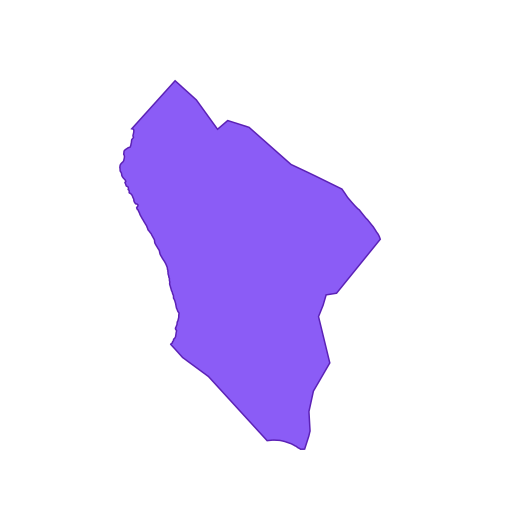 Xo'xmorit, Govi-Altay, Mongolia, rotated 241°
{"feature_id": "93677404B45004975907355", "entity_name": "Xo'xmorit", "entity_type": "district", "adm_level": 2, "iso_a3": "MNG", "parent_name": "Mongolia", "parent_adm1": "Govi-Altay", "projection": "natural_earth1", "projection_center": [94.596, 47.393], "detail": "fine", "context": "isolated", "style": "filled", "palette": "violet", "viewbox_px": 512, "rotation_deg": 241, "n_neighbors": 0, "source": "geoboundaries", "source_scale": "gbopen_adm2", "svg_char_len": 5874}
<svg xmlns="http://www.w3.org/2000/svg" viewBox="0 0 512 512"><g transform="rotate(241 256 256)"><path d="M427.5,209.0L427.3,209.2L427.0,209.7L426.7,209.9L426.3,210.1L425.9,210.2L425.6,210.2L425.3,210.1L425.1,210.0L424.7,209.9L424.2,209.5L423.6,209.1L423.2,208.8L422.9,208.5L422.3,208.0L421.9,207.7L421.6,207.3L421.0,206.8L420.7,206.6L420.4,206.5L420.2,206.5L419.9,206.5L419.5,206.5L419.3,206.4L419.1,206.3L419.0,206.2L418.9,205.9L418.6,205.1L418.2,204.2L418.0,203.7L417.4,203.2L417.1,203.0L416.1,202.3L415.6,202.0L414.9,201.3L414.5,201.0L413.8,200.4L412.8,199.4L412.4,199.0L412.3,198.7L412.3,198.4L412.5,197.7L412.6,196.9L412.7,196.6L412.6,196.3L412.4,193.4L412.2,192.6L412.1,192.2L411.9,191.8L411.8,191.6L411.5,191.3L411.1,191.0L410.6,190.7L409.4,189.8L409.1,189.6L408.8,189.6L408.6,189.6L408.2,189.6L407.8,189.5L407.4,189.4L407.0,189.3L406.7,189.1L406.2,188.8L405.4,188.2L405.0,187.8L404.2,187.1L403.5,186.5L402.9,185.4L402.5,183.7L402.1,182.6L401.8,181.9L401.4,181.4L400.9,180.9L400.2,180.4L399.6,179.9L398.7,179.6L398.1,179.3L397.6,179.1L397.0,178.8L396.4,178.5L395.9,178.4L395.6,178.4L395.0,178.5L394.5,178.5L394.0,178.5L393.1,178.3L392.5,178.1L392.0,177.8L391.5,177.7L391.1,177.6L389.8,177.6L389.0,177.7L388.3,177.8L386.8,178.2L386.1,178.4L385.5,178.4L385.1,178.4L384.7,178.4L384.4,178.3L384.0,177.9L384.0,177.6L384.0,177.2L383.8,177.0L383.1,176.9L381.7,176.8L380.4,176.5L380.2,176.5L379.9,176.6L379.6,176.8L379.3,177.1L378.7,177.4L378.4,177.5L378.0,177.5L377.6,177.4L376.8,177.1L376.5,176.8L376.3,176.5L376.1,176.4L375.7,176.5L375.3,176.7L375.0,176.8L374.6,176.7L374.3,176.6L373.9,176.4L373.6,176.2L373.3,176.0L372.9,175.8L372.5,175.8L372.2,176.0L371.7,176.5L371.4,176.6L371.1,176.7L370.4,176.8L369.8,177.0L369.3,177.0L368.5,177.0L367.3,176.8L366.7,176.7L365.5,176.7L364.9,176.6L364.4,176.4L363.8,176.1L363.1,175.9L362.6,175.8L361.9,175.8L360.6,175.9L360.3,176.0L359.9,176.1L359.6,176.3L359.6,176.7L359.3,177.0L359.0,177.2L358.6,177.3L358.2,177.5L357.9,177.5L357.6,177.4L357.4,177.2L357.0,176.9L356.7,176.4L356.5,176.0L356.4,175.3L356.2,175.3L355.9,175.2L355.6,174.9L355.4,174.9L354.5,174.8L354.3,174.8L354.1,174.8L354.0,175.0L353.8,175.1L353.6,175.1L353.3,175.2L353.0,175.2L352.3,175.0L352.0,175.0L351.2,175.0L351.0,174.9L350.6,175.0L350.4,175.0L350.2,174.9L349.4,174.8L348.9,174.7L348.2,174.6L346.5,174.6L344.9,174.6L343.7,174.6L342.7,174.7L342.0,174.7L341.4,174.7L340.6,174.7L340.1,174.7L338.7,174.8L337.1,174.8L336.0,174.9L335.3,174.9L334.9,174.9L334.7,174.8L334.4,174.7L333.7,174.7L333.0,174.6L331.9,174.4L331.5,174.3L331.1,174.3L330.7,174.3L330.3,174.4L329.6,174.6L328.8,174.7L328.1,174.8L327.8,174.8L327.2,174.9L326.9,175.0L326.6,175.1L326.3,175.1L324.9,175.0L324.1,175.0L323.3,175.0L322.1,175.0L321.6,175.0L320.8,175.0L319.5,175.0L318.9,174.8L318.5,174.7L317.8,174.3L317.5,174.2L317.2,174.1L316.9,174.0L316.1,173.8L314.3,173.8L313.8,173.8L313.3,173.8L312.2,173.9L311.0,173.9L309.5,174.0L308.5,174.0L308.2,174.1L307.9,174.1L307.7,174.1L307.3,174.0L307.0,173.9L306.6,173.7L306.1,173.6L305.6,173.4L305.2,173.3L304.1,173.0L303.5,173.0L303.4,173.0L302.5,172.9L301.6,173.0L300.6,173.0L299.7,173.0L299.2,173.0L297.9,173.1L295.5,173.3L294.8,173.3L294.2,173.3L293.5,173.3L292.0,173.2L290.2,173.0L289.5,172.9L288.9,172.8L288.4,172.6L287.9,172.4L287.5,172.2L287.2,172.1L286.8,172.1L286.3,172.0L285.8,171.8L285.6,171.6L285.3,171.5L284.9,171.3L284.6,171.2L284.0,171.0L283.8,170.9L283.6,170.8L283.5,170.7L283.2,170.5L282.9,170.4L282.5,170.3L282.1,170.2L281.5,170.1L281.0,170.0L280.2,169.7L279.6,169.5L279.3,169.4L278.9,169.4L278.6,169.4L278.4,169.4L278.0,169.2L277.5,168.9L277.1,168.6L276.8,168.5L276.5,168.4L276.2,168.3L275.7,168.2L274.9,167.9L274.6,167.7L274.1,167.3L273.7,167.1L273.4,166.9L273.0,166.8L272.3,166.6L271.7,166.5L270.7,166.3L270.5,166.2L268.2,165.7L267.5,165.5L267.1,165.4L266.7,165.3L266.3,165.3L265.6,165.3L265.2,165.3L264.3,165.0L264.0,164.9L263.3,164.8L262.8,164.7L262.0,164.7L261.7,164.6L261.4,164.6L261.2,164.5L260.6,164.2L260.0,163.9L259.5,163.6L259.3,163.5L259.0,163.4L258.6,163.4L257.6,163.5L257.3,163.4L256.9,163.4L256.3,163.3L255.3,163.1L254.5,162.9L253.2,162.6L252.5,162.3L251.9,162.2L251.3,161.9L250.6,161.7L249.9,161.5L249.2,161.2L248.5,161.2L247.8,161.1L246.9,161.0L246.3,160.9L245.6,160.8L245.2,160.8L244.9,160.8L244.2,161.0L243.6,161.0L243.2,160.9L242.4,160.3L241.9,159.9L241.1,159.4L240.7,159.2L239.7,158.6L239.3,158.2L239.1,158.0L238.3,157.3L237.7,156.7L237.3,156.4L237.0,156.0L236.8,155.6L236.6,155.3L236.4,155.1L236.1,154.9L235.8,154.6L235.0,154.1L234.4,153.7L234.0,153.2L233.5,152.6L232.9,151.9L232.5,151.3L231.9,150.5L231.6,150.4L231.4,150.4L231.2,150.5L230.9,150.5L230.8,150.4L230.7,150.3L230.7,150.2L230.4,150.2L230.2,150.2L229.8,150.3L229.4,150.4L229.2,150.3L228.9,150.1L228.1,149.4L227.5,148.9L225.9,147.7L225.5,147.3L225.1,147.1L224.9,146.9L224.7,146.8L224.4,146.5L224.0,145.9L223.5,145.1L223.4,144.7L223.3,144.2L223.2,143.8L223.1,143.6L222.8,143.3L222.6,143.2L222.2,143.0L222.0,142.9L221.9,142.7L221.7,142.1L221.6,141.7L221.4,141.4L221.1,141.2L220.9,141.1L220.7,140.9L220.5,140.6L220.5,140.4L220.5,140.0L220.5,139.8L220.4,139.2L220.1,138.6L219.9,138.6L215.8,139.6L202.8,142.6L173.6,156.0L126.3,167.3L89.1,176.2L87.1,180.9L86.2,182.6L83.2,187.4L81.4,189.5L79.7,191.3L77.8,193.0L74.7,195.8L72.1,197.5L71.0,198.1L70.2,198.8L68.5,199.5L67.7,199.9L66.8,200.6L65.4,201.3L63.5,204.9L73.0,215.0L76.0,217.7L76.2,217.9L76.7,218.4L94.3,226.9L110.0,240.7L115.7,250.3L126.7,268.7L172.7,281.3L180.4,290.8L188.0,298.5L184.4,308.4L210.4,372.8L213.3,373.3L215.9,373.4L218.9,373.0L220.1,373.0L224.7,372.7L227.3,372.2L233.9,371.1L234.4,370.9L235.7,370.5L236.8,370.3L241.9,369.4L246.3,368.7L247.2,368.3L248.1,367.9L252.1,366.8L256.5,365.8L262.9,364.5L268.1,364.1L272.9,363.6L296.9,346.9L304.1,341.8L319.1,331.0L371.9,312.3L388.2,296.9L385.5,283.8L421.4,279.5L448.5,270.2L427.5,209.0Z" fill="#8b5cf6" stroke="#5b21b6" stroke-width="1.5"/></g></svg>